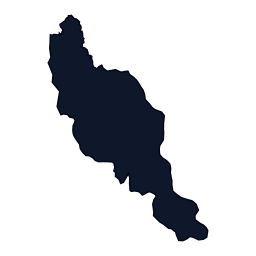 Vavla, Larnaca, Cyprus
{"feature_id": "46923920B22137462845739", "entity_name": "Vavla", "entity_type": "district", "adm_level": 2, "iso_a3": "CYP", "parent_name": "Cyprus", "parent_adm1": "Larnaca", "projection": "albers", "projection_center": [33.273, 34.838], "detail": "fine", "context": "isolated", "style": "filled", "palette": "ink", "viewbox_px": 256, "rotation_deg": 0, "n_neighbors": 0, "source": "geoboundaries", "source_scale": "gbopen_adm2", "svg_char_len": 2229}
<svg xmlns="http://www.w3.org/2000/svg" viewBox="0 0 256 256"><path d="M50.4,34.8L50.1,43.1L49.8,48.7L51.0,57.4L48.3,62.8L53.1,74.8L52.3,82.1L59.7,91.3L57.2,106.6L61.0,114.7L63.4,113.9L67.6,114.5L69.5,117.0L73.6,117.9L75.3,120.2L74.4,123.3L73.2,125.7L72.9,130.2L73.2,133.1L74.2,136.1L75.5,138.3L77.1,140.8L79.6,144.2L80.4,148.8L83.1,152.7L85.9,155.4L89.5,155.8L92.8,157.7L95.2,160.3L98.6,161.7L102.0,161.5L108.0,161.6L112.3,161.9L114.0,163.2L114.8,167.4L113.9,171.0L115.6,172.5L115.5,176.3L119.0,179.2L120.8,183.4L123.4,182.3L126.5,176.9L128.4,173.6L129.8,177.8L129.6,183.2L129.8,186.1L130.1,190.4L131.3,191.3L134.6,190.9L137.5,191.3L139.5,192.0L142.4,195.0L149.0,191.6L151.6,192.4L154.9,194.2L156.4,196.0L153.9,199.9L152.8,204.2L153.9,212.2L153.6,215.7L159.9,222.0L163.7,224.2L168.7,228.3L171.4,228.6L175.7,232.0L176.0,233.2L176.6,235.3L178.7,240.4L182.9,240.6L183.1,240.6L186.8,238.8L189.8,236.5L193.0,237.1L198.7,239.8L203.4,239.2L205.8,237.7L206.7,237.2L207.7,230.5L206.2,227.8L203.4,225.1L201.0,223.9L200.2,223.5L195.2,219.8L194.8,216.2L195.2,214.9L198.4,210.1L196.0,204.2L193.4,201.9L191.9,200.8L186.3,199.3L181.1,197.6L176.8,194.6L172.7,191.0L171.8,185.0L171.8,180.5L171.2,177.8L170.3,172.9L170.6,168.1L169.8,164.1L166.6,160.7L162.5,158.0L159.8,154.8L159.3,152.1L159.2,148.7L159.7,145.6L163.3,139.8L163.6,132.8L163.4,129.1L163.5,123.0L164.3,115.7L161.5,112.1L155.2,109.8L152.2,107.7L149.2,103.8L145.1,99.4L144.6,94.9L143.1,90.3L140.6,86.7L138.8,83.5L136.5,80.2L133.4,77.2L129.5,74.5L127.9,71.2L124.6,71.5L121.6,72.2L119.7,71.7L115.4,69.7L112.1,70.4L107.2,71.2L103.2,68.3L101.7,65.2L98.8,66.7L97.0,68.9L93.4,66.7L92.5,64.2L92.6,61.8L91.5,58.6L91.7,57.2L90.5,58.0L91.0,55.8L90.2,55.4L88.1,55.3L88.0,52.8L87.1,49.9L84.6,47.9L81.7,47.1L82.4,45.5L82.2,43.2L83.7,42.9L83.9,41.9L83.2,40.1L83.8,38.5L82.8,37.3L82.6,36.2L82.6,33.7L81.9,31.4L81.1,31.9L80.4,30.5L81.0,28.1L80.9,26.1L79.1,23.9L79.5,21.9L78.2,20.6L76.2,19.0L74.2,18.7L72.4,16.5L71.3,15.4L68.4,15.8L68.2,17.0L66.1,18.6L65.0,20.9L63.0,22.2L61.8,23.2L60.1,24.2L60.1,25.6L61.0,27.5L62.1,28.2L62.5,29.5L63.0,31.1L61.8,32.0L62.2,33.4L60.4,34.0L59.4,33.1L59.4,34.4L57.6,34.9L54.0,34.4L52.5,35.2L50.8,35.0L50.4,34.8Z" fill="#0f172a" stroke="#020617" stroke-width="1.5"/></svg>